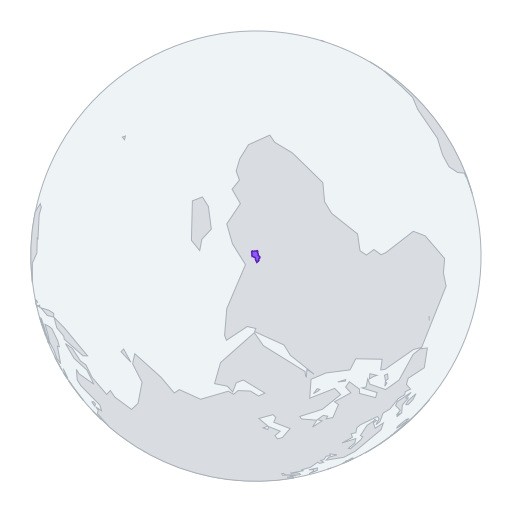 Dodoma on an orthographic globe, rotated 159°
{"feature_id": "TZA-3385", "entity_name": "Dodoma", "entity_type": "Region", "adm_level": 1, "iso_a3": "TZA", "parent_name": "United Republic of Tanzania", "parent_adm1": "", "projection": "orthographic", "projection_center": [35.912, -5.778], "detail": "fine", "context": "on_globe", "style": "filled", "palette": "violet", "viewbox_px": 512, "rotation_deg": 159, "n_neighbors": 0, "source": "natural_earth", "source_scale": "10m", "svg_char_len": 7550}
<svg xmlns="http://www.w3.org/2000/svg" viewBox="0 0 512 512"><g transform="rotate(159 256 256)"><circle cx="256" cy="256" r="225" fill="#eef3f6" stroke="#a8b0b8"/><path d="M31.6,236.7L31.6,238.5L31.4,247.6L31.1,253.8L31.7,254.8L31.8,258.7L37.8,261.7L43.8,270.1L45.6,283.8L44.4,300.8L52.5,335.0L52.9,348.0L59.2,361.7L70.1,382.5L69.6,382.5L60.5,368.0L52.6,352.9L45.9,337.2L40.3,321.1L36.0,304.6L33.0,287.8L31.2,270.8L30.7,253.7L31.6,236.7ZM70.9,384.4L76.1,391.4L79.8,396.4L70.9,384.4ZM117.9,434.0L115.0,431.5L116.2,432.4L118.5,434.4L117.9,434.0ZM430.7,113.7L430.7,113.8L429.8,112.6L430.7,113.7ZM426.4,108.6L428.9,111.9L433.5,117.5L434.3,118.3L435.8,120.2L439.5,125.5L447.2,136.9L454.0,148.5L460.5,165.6L458.5,168.7L459.6,172.4L455.7,166.8L455.2,172.9L466.0,197.7L467.3,204.3L464.3,214.5L463.4,209.4L453.3,194.4L454.7,210.0L462.5,225.6L465.3,242.6L460.7,235.8L457.5,220.9L453.8,215.2L452.5,201.4L445.0,180.3L440.2,182.6L438.3,174.7L427.2,157.4L419.0,160.6L407.6,179.0L409.8,199.6L404.2,208.2L388.2,177.0L381.4,157.4L375.4,158.7L359.1,142.1L330.3,139.7L326.5,134.9L321.0,136.8L309.6,131.9L303.8,124.4L296.8,124.8L312.3,144.8L319.9,144.7L326.5,137.3L329.4,144.7L340.4,151.7L327.3,169.2L285.0,185.0L281.3,169.7L251.6,130.6L252.7,126.4L252.6,125.9L252.3,125.1L249.1,131.9L244.1,124.8L259.5,151.0L261.8,163.0L284.4,185.9L282.1,188.4L289.5,193.3L313.8,187.9L313.8,193.1L302.1,217.4L268.9,251.7L273.6,275.7L271.8,296.4L251.8,310.5L254.4,326.9L244.2,332.9L244.1,342.3L236.3,352.6L223.1,362.6L199.8,363.9L197.7,355.3L185.1,339.2L167.3,300.5L172.5,282.2L170.1,268.7L153.3,240.2L157.0,223.6L152.6,217.3L143.6,219.8L138.7,212.3L133.3,212.7L100.3,222.7L90.8,214.1L80.8,186.0L87.1,173.1L89.3,159.8L134.1,111.3L142.4,112.3L176.4,103.9L180.4,105.0L175.2,114.4L199.7,124.3L209.0,116.0L232.4,121.7L248.8,121.2L256.8,104.0L230.0,104.2L226.6,96.3L249.0,89.1L272.6,90.5L272.0,87.6L258.1,80.9L264.6,76.0L253.4,78.4L257.2,81.2L250.3,83.1L246.4,80.7L248.9,78.8L242.1,77.7L232.2,87.8L235.0,91.8L216.5,94.3L219.3,101.5L213.9,105.2L207.1,94.6L208.6,90.6L195.1,80.9L191.9,85.1L204.4,94.9L200.1,94.3L195.8,101.2L195.6,95.5L182.8,84.8L166.8,89.0L144.6,107.8L135.7,110.6L129.0,108.7L138.9,91.4L157.8,87.3L161.6,82.2L159.4,76.3L165.3,75.9L166.7,73.3L174.0,72.0L185.9,65.1L193.6,63.8L199.8,56.9L204.5,55.5L199.5,59.8L200.1,62.6L219.3,61.0L223.5,59.4L226.0,55.3L230.9,55.9L230.9,52.2L242.7,50.6L228.2,49.8L230.8,46.0L238.7,43.3L236.9,42.2L224.0,46.9L221.2,49.0L222.9,50.9L213.0,58.1L206.0,59.7L206.6,52.5L196.9,54.5L201.6,49.0L233.6,38.1L246.2,36.6L263.7,40.3L260.0,42.0L251.7,41.3L257.9,44.8L258.1,43.1L262.2,43.9L265.7,41.5L268.8,42.0L266.8,39.1L271.0,39.6L272.2,41.4L280.8,39.2L290.0,40.1L290.4,39.5L288.4,38.5L301.3,40.9L301.1,40.4L296.7,39.3L293.5,37.7L292.8,36.1L297.3,37.0L298.2,37.7L306.8,41.0L308.4,43.3L310.1,43.6L309.8,41.9L299.3,37.8L297.6,36.6L303.2,38.3L301.0,37.6L301.6,37.4L306.4,38.2L300.5,36.4L300.7,35.2L316.7,39.0L332.4,44.1L347.6,50.2L362.4,57.4L376.6,65.7L390.2,75.1L403.1,85.3L415.1,96.5L426.4,108.6ZM117.5,133.7L116.0,137.6L115.9,137.7L117.5,133.7ZM297.0,101.8L311.5,103.3L305.8,92.9L310.9,92.9L307.1,89.7L305.3,92.2L296.2,83.8L302.7,81.5L301.4,77.6L296.5,77.0L286.0,82.7L299.0,94.4L295.3,98.3L297.0,101.8ZM167.4,62.7L169.3,63.6L165.7,66.5L156.0,70.1L161.1,65.6L167.4,62.7ZM172.9,64.3L176.2,57.3L182.3,55.4L178.3,57.5L182.1,57.0L176.6,60.4L179.3,66.3L176.3,69.4L160.0,73.1L167.0,69.8L164.7,68.9L172.9,64.3ZM173.7,48.6L175.2,47.2L186.6,44.8L183.9,46.5L174.1,49.6L171.5,49.4L173.7,48.6ZM230.5,32.2L229.3,32.3L230.5,32.2ZM224.7,32.9L224.9,32.9L219.7,33.7L214.8,34.6L212.0,35.1L211.3,35.4L207.8,36.1L205.9,36.7L200.3,38.0L197.4,39.0L196.4,39.1L193.0,40.5L193.0,40.1L188.5,41.5L190.9,41.2L165.3,49.8L154.8,54.7L171.6,47.1L188.9,41.0L206.6,36.2L224.7,32.9ZM154.2,55.0L145.6,59.6L145.8,59.5L154.2,55.0ZM185.8,101.2L189.0,101.4L194.3,100.6L191.8,105.3L185.8,101.2ZM176.8,93.9L179.8,93.1L178.8,98.6L175.4,98.8L176.8,93.9ZM182.4,88.3L180.1,92.6L179.3,90.4L182.4,88.3ZM202.4,59.1L205.8,58.3L205.8,59.3L203.6,60.9L202.4,59.1ZM239.4,32.9L237.4,32.7L238.7,32.5L238.6,31.8L243.4,31.5L245.3,31.8L239.4,32.9ZM251.7,106.9L246.5,110.2L244.2,108.6L246.5,107.7L251.7,106.9ZM217.3,107.2L224.8,109.1L216.5,108.5L217.3,107.2ZM244.6,32.4L244.1,32.1L246.8,32.2L244.6,32.4ZM246.9,31.3L250.2,31.4L244.0,31.4L246.9,31.3ZM337.1,411.6L338.2,414.9L334.9,414.8L337.1,411.6ZM310.7,293.7L295.6,330.3L284.9,330.3L282.7,319.3L288.1,297.1L300.6,291.0L306.6,281.2L310.7,293.7ZM476.5,290.5L477.0,292.8L476.8,293.8L476.5,290.5ZM476.2,285.5L477.1,287.3L475.6,287.6L476.2,285.5ZM477.4,288.0L478.3,287.4L478.7,286.4L478.4,288.5L477.4,288.0ZM475.4,284.7L468.7,279.5L465.4,274.8L466.8,271.4L472.1,275.3L475.4,284.7ZM466.5,271.1L460.7,257.6L449.0,223.1L453.3,224.8L464.8,247.1L464.2,250.1L467.7,260.3L466.5,271.1ZM478.2,258.1L477.5,267.8L474.3,264.2L472.6,261.3L471.5,247.8L472.1,241.8L473.7,243.0L477.0,225.5L478.7,232.2L478.4,240.0L479.6,249.7L478.2,258.1ZM410.9,201.7L416.3,215.0L412.9,216.6L410.9,201.7ZM476.2,212.5L476.3,220.0L475.5,209.3L476.2,212.5ZM474.4,202.1L475.5,206.8L474.0,201.7L474.4,202.1ZM461.6,178.5L460.0,178.5L458.9,175.3L460.3,173.5L461.6,178.5ZM459.1,158.7L463.0,167.5L464.1,170.3L461.4,164.3L459.1,158.7ZM284.6,33.7L279.4,34.6L278.8,35.9L283.4,37.5L274.6,36.1L275.6,33.9L284.6,33.7ZM265.8,31.3L263.9,31.4L261.7,31.2L265.8,31.3ZM446.5,376.2L438.6,382.2L439.0,378.4L443.7,372.1L453.4,350.2L453.8,351.2L459.5,337.3L467.3,329.6L474.4,311.0L474.0,312.9L468.9,329.5L462.7,345.6L455.2,361.3L446.5,376.2ZM478.7,290.1L477.5,294.9L478.8,288.9L478.8,289.1L478.7,290.1ZM480.9,269.3L480.9,268.5L480.9,269.3ZM480.2,252.8L480.4,259.5L481.0,257.4L480.5,261.7L480.3,273.2L479.8,276.7L480.2,264.3L479.2,275.4L478.8,274.4L479.3,264.1L480.0,253.0L480.4,248.9L481.2,250.2L480.2,252.8ZM480.2,233.7L479.0,224.5L479.0,226.4L478.2,218.9L480.2,233.7ZM477.5,215.3L477.6,216.8L476.9,211.6L477.5,215.3ZM477.0,213.9L475.9,208.3L476.4,209.9L477.0,213.9ZM477.7,215.9L477.7,216.1L477.5,215.1L477.7,215.9ZM472.8,195.8L475.8,206.6L473.8,200.3L468.8,182.9L469.2,183.6L472.8,195.8Z" fill="#d9dde1" stroke="#a8b0b8" stroke-width="1"/><path d="M259.7,256.9L259.6,257.1L259.6,257.3L259.7,258.2L259.5,258.5L259.3,258.6L259.2,259.0L259.1,259.3L259.0,259.5L258.9,259.6L258.8,259.9L258.9,260.6L258.8,260.8L258.5,261.0L258.4,261.4L258.3,261.5L258.4,261.9L258.3,262.1L258.2,262.3L258.2,262.2L257.8,262.1L257.7,262.1L257.6,261.9L257.4,261.7L257.2,261.5L257.1,261.4L256.8,261.3L256.7,261.3L256.3,261.3L256.2,261.3L256.0,261.2L255.9,261.2L255.5,261.1L255.3,261.1L255.2,261.1L254.9,260.9L254.7,260.8L254.5,260.7L254.4,260.7L254.2,260.5L253.9,260.5L253.7,260.5L253.1,260.7L252.8,260.5L252.7,260.1L252.7,259.7L253.2,259.7L253.3,259.4L253.2,258.8L253.2,258.4L253.3,258.3L253.3,258.1L253.2,257.8L253.2,257.5L253.2,257.1L253.3,256.7L253.4,256.4L253.5,256.2L253.6,255.9L253.8,255.7L253.7,255.6L253.6,255.4L253.5,255.2L253.4,255.1L253.2,254.9L253.1,254.7L252.9,254.3L252.8,254.1L252.8,253.8L252.8,253.7L252.7,253.5L252.7,253.4L253.7,252.7L253.8,252.5L253.8,252.4L254.2,252.4L254.4,252.4L254.5,252.3L254.8,251.7L255.0,251.4L255.0,251.2L254.9,251.1L254.9,250.9L255.0,250.9L255.4,250.7L255.5,250.5L255.6,250.4L255.7,250.5L255.8,250.5L256.0,250.4L256.3,250.2L256.5,250.0L257.5,249.7L257.5,250.9L257.6,251.1L257.6,251.3L257.7,251.5L257.8,251.7L257.7,252.5L257.6,253.4L257.5,253.7L257.4,253.9L257.3,254.1L257.3,254.3L257.2,254.6L257.3,254.7L257.4,254.9L257.7,255.1L257.8,255.2L257.9,255.4L258.1,255.6L258.3,255.8L258.6,255.9L258.7,256.1L258.8,256.3L259.0,256.5L259.4,256.8L259.7,256.9Z" fill="#8b5cf6" stroke="#5b21b6" stroke-width="1.5"/></g></svg>